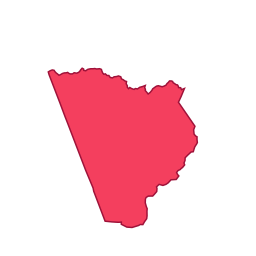 Lagoa Grande do Maranhão, Maranhão, Brazil, rotated 58°
{"feature_id": "56859067B63003511785784", "entity_name": "Lagoa Grande do Maranhão", "entity_type": "district", "adm_level": 2, "iso_a3": "BRA", "parent_name": "Brazil", "parent_adm1": "Maranhão", "projection": "albers", "projection_center": [-45.43, -4.913], "detail": "fine", "context": "isolated", "style": "filled", "palette": "rose", "viewbox_px": 256, "rotation_deg": 58, "n_neighbors": 0, "source": "geoboundaries", "source_scale": "gbopen_adm2", "svg_char_len": 1937}
<svg xmlns="http://www.w3.org/2000/svg" viewBox="0 0 256 256"><g transform="rotate(58 128 128)"><path d="M38.2,165.9L41.0,166.7L71.0,172.5L84.7,175.3L91.7,176.6L141.5,186.3L160.4,189.4L163.5,190.6L165.1,190.9L194.9,196.8L199.1,191.4L202.8,186.2L204.3,183.5L206.1,184.7L211.4,181.5L214.5,177.3L216.3,170.6L216.3,168.8L217.8,166.6L216.3,163.8L214.8,160.2L212.6,158.4L208.6,156.0L206.6,154.5L204.3,154.1L200.6,153.0L197.5,150.9L196.5,149.5L196.5,146.9L198.8,143.1L198.2,140.8L197.1,137.3L194.7,135.5L193.0,135.0L192.3,131.5L195.2,128.8L195.9,125.7L195.8,123.0L194.7,119.0L197.2,114.4L195.6,110.3L193.6,110.6L191.5,110.4L190.6,108.1L190.9,105.8L190.5,104.3L190.4,102.7L189.3,99.5L187.4,99.1L185.8,96.9L183.5,95.3L182.7,92.0L181.8,87.3L182.7,85.2L180.9,83.2L179.4,81.4L177.9,78.2L177.1,76.9L174.2,75.5L172.0,74.1L170.6,74.9L168.2,75.2L164.3,73.3L162.0,70.3L132.9,71.6L129.4,66.2L124.4,59.2L123.8,62.3L121.7,62.0L120.5,63.7L119.2,63.2L117.7,63.2L116.4,64.5L115.0,64.9L113.6,65.7L112.1,65.5L110.9,66.5L110.1,67.9L110.7,69.6L111.0,71.4L111.8,73.0L111.6,75.2L111.1,77.2L110.0,78.2L108.2,79.9L107.6,81.7L107.7,84.1L107.9,86.4L108.7,87.7L109.6,90.4L109.8,92.9L107.3,93.2L105.4,93.5L104.3,92.7L102.6,92.5L101.1,90.8L100.6,93.5L99.7,96.5L99.9,99.2L98.4,100.9L98.5,102.4L96.4,104.1L94.6,105.0L94.9,106.7L93.1,107.0L91.9,106.2L89.5,106.1L87.8,104.6L86.3,105.8L84.6,106.4L82.9,107.5L80.7,107.0L78.8,108.5L78.3,110.4L77.2,112.7L77.3,114.6L75.7,116.3L73.3,116.4L72.3,118.0L70.1,118.5L69.6,120.0L68.1,120.3L66.0,120.0L64.2,119.5L62.7,120.6L62.0,122.0L61.3,123.4L60.0,124.6L59.2,126.3L58.1,128.0L57.4,129.7L56.9,131.3L57.1,133.5L55.7,135.0L54.4,134.4L53.0,135.2L53.6,137.3L54.5,139.2L54.6,140.8L54.3,142.5L52.6,144.4L52.7,146.3L51.7,148.1L50.4,149.2L48.9,149.7L48.4,151.3L47.5,152.9L47.0,154.8L47.0,156.5L46.7,158.6L44.9,159.1L43.4,159.7L41.4,160.1L39.9,160.1L38.6,161.5L38.2,163.7L38.2,165.9Z" fill="#f43f5e" stroke="#9f1239" stroke-width="1.5"/></g></svg>